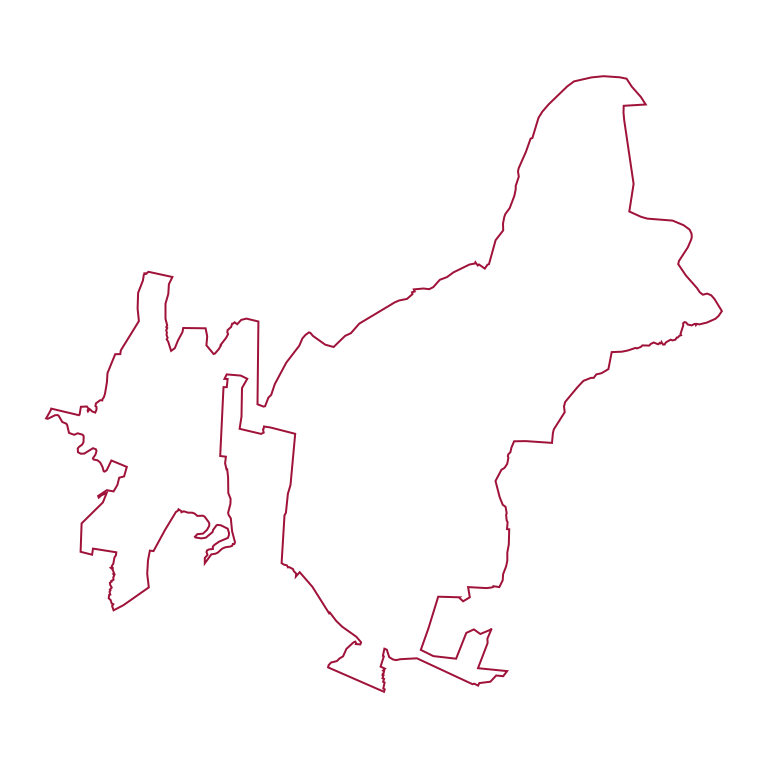 outline of Temoaya, México, Mexico
{"feature_id": "50627088B51364435398439", "entity_name": "Temoaya", "entity_type": "district", "adm_level": 2, "iso_a3": "MEX", "parent_name": "Mexico", "parent_adm1": "México", "projection": "natural_earth1", "projection_center": [-99.618, 19.489], "detail": "fine", "context": "isolated", "style": "outline", "palette": "rose", "viewbox_px": 768, "rotation_deg": 0, "n_neighbors": 0, "source": "geoboundaries", "source_scale": "gbopen_adm2", "svg_char_len": 6070}
<svg xmlns="http://www.w3.org/2000/svg" viewBox="0 0 768 768"><path d="M113.6,610.3L123.4,605.2L148.8,587.4L147.2,573.8L148.0,560.2L149.9,550.6L153.5,551.1L165.1,529.8L175.9,512.0L178.0,510.6L178.5,509.3L181.4,511.2L181.5,512.2L183.8,511.3L188.2,512.7L192.2,512.7L194.7,513.6L197.3,515.9L202.9,515.7L204.7,516.7L208.6,522.0L209.3,523.4L209.2,525.9L207.0,529.9L203.0,533.6L197.3,534.2L194.9,536.8L195.6,537.5L201.4,538.4L205.8,537.7L212.5,532.1L213.2,529.8L216.5,525.3L217.7,524.9L220.9,525.3L227.7,528.7L229.0,532.9L228.9,535.2L227.9,537.9L219.2,541.6L214.5,544.8L212.8,546.6L212.9,549.0L209.1,549.4L207.1,550.4L206.5,552.0L207.5,554.9L204.8,558.0L204.8,563.3L211.3,554.4L215.4,553.7L217.8,552.6L222.1,548.7L225.2,547.3L230.5,546.5L232.3,545.7L232.8,544.0L234.3,544.0L235.0,542.2L232.1,531.3L230.8,518.3L228.7,515.1L228.1,512.7L230.4,504.0L230.6,498.8L228.3,493.1L228.1,477.5L227.2,469.3L226.5,469.4L225.1,463.3L225.9,456.7L220.2,456.0L223.5,387.1L226.8,387.1L227.6,379.0L224.5,378.9L226.7,374.4L240.8,375.6L247.3,378.8L242.0,388.0L241.5,416.6L239.6,428.8L261.1,433.9L263.7,432.6L263.0,429.4L263.6,428.9L264.0,426.5L270.5,427.5L295.2,433.8L290.5,485.0L287.9,493.7L285.9,512.8L284.5,515.3L281.6,563.1L283.6,564.5L286.8,565.3L288.0,567.4L289.2,567.1L293.0,569.1L293.7,571.0L296.2,573.7L295.9,576.5L299.7,572.2L312.4,586.8L329.1,613.3L329.8,612.5L336.2,620.9L342.3,626.8L356.4,636.8L361.1,642.3L360.3,644.4L355.9,644.1L356.2,643.2L355.2,641.6L353.1,642.7L346.4,648.9L343.1,656.3L339.6,658.4L336.8,661.1L331.1,662.5L328.6,665.2L328.1,667.4L384.0,691.8L384.7,689.3L383.3,688.5L384.6,682.5L383.1,681.8L384.1,678.9L382.5,678.2L383.5,675.4L382.5,675.1L382.7,674.1L383.3,674.3L384.1,671.0L383.1,670.6L385.0,668.7L380.6,666.6L383.8,656.4L382.9,655.9L384.4,648.7L386.8,649.7L389.2,657.1L393.0,659.5L396.3,660.1L400.3,659.2L416.9,658.3L472.5,684.2L474.3,683.7L478.1,685.6L479.3,683.1L490.4,681.7L496.2,675.5L503.2,676.2L507.1,671.1L478.0,668.2L487.6,643.1L487.4,638.6L491.7,628.6L490.1,629.9L480.3,634.0L473.9,629.4L466.3,632.9L456.1,658.7L433.3,656.1L420.8,649.9L428.5,628.2L438.2,596.7L459.5,597.3L459.1,597.6L463.1,601.3L469.8,597.3L468.1,587.1L486.6,588.1L491.5,587.5L493.3,586.9L493.4,586.2L499.3,587.1L502.7,580.3L503.1,574.2L506.1,566.4L507.3,560.7L507.3,552.6L508.8,544.4L509.2,529.3L507.0,529.1L507.6,522.2L506.7,520.5L506.1,514.8L506.7,513.3L505.6,506.9L502.7,504.7L499.7,497.2L495.5,481.0L501.4,469.8L504.5,467.9L507.2,463.9L508.4,457.7L507.8,456.1L508.4,454.2L510.4,452.2L511.4,447.7L514.1,441.3L525.6,441.1L552.0,442.9L552.9,433.1L553.8,429.4L564.7,412.2L564.0,406.4L565.2,401.9L577.7,386.9L583.5,380.8L590.9,377.9L593.7,377.9L596.3,374.4L601.5,373.2L608.4,369.1L611.7,352.1L621.8,351.7L627.8,350.5L635.6,347.9L637.0,348.4L640.7,347.0L642.4,345.4L649.2,345.6L650.8,343.9L653.7,342.5L658.1,344.3L659.7,342.9L660.2,343.5L661.5,342.9L661.6,342.3L663.1,344.6L664.6,344.5L665.8,342.5L667.5,341.4L670.7,339.7L672.5,340.4L675.4,339.7L676.7,337.6L677.7,337.6L679.4,335.8L681.1,335.2L680.5,333.9L683.2,325.6L683.2,323.1L684.5,322.1L686.1,322.5L687.7,324.5L691.7,325.4L694.3,324.0L695.4,323.9L695.9,325.1L696.7,323.9L699.4,324.4L706.8,322.6L715.4,318.8L718.6,315.9L721.9,311.1L714.4,298.9L711.1,295.2L707.1,293.6L702.9,294.7L699.8,292.3L697.1,288.2L685.9,275.5L678.2,264.1L679.0,260.9L687.8,247.4L691.2,239.5L691.8,237.1L691.5,233.5L689.6,229.6L683.6,225.2L672.6,220.6L647.2,218.6L641.0,216.8L629.3,211.5L633.6,183.9L624.2,120.2L623.5,112.7L623.7,105.8L645.7,104.5L640.9,97.0L631.8,86.7L626.6,78.7L619.8,77.3L603.6,76.2L591.5,77.4L574.0,81.4L567.1,86.5L548.6,104.4L542.3,111.7L538.5,117.8L532.4,138.0L530.6,138.6L525.9,151.9L518.6,168.4L518.0,171.5L518.8,176.6L515.7,186.0L515.7,189.4L514.3,196.0L509.7,208.1L505.3,214.1L504.2,217.3L503.0,223.6L503.2,230.4L495.6,240.2L489.0,264.1L487.4,264.8L484.8,268.6L479.0,264.5L477.8,265.5L475.4,262.3L475.0,263.5L469.5,264.5L453.4,272.4L447.0,277.1L439.8,279.8L433.3,287.1L429.2,289.2L423.5,288.5L413.8,289.4L414.7,291.5L412.0,292.3L412.5,294.1L407.0,298.9L399.0,300.5L394.3,302.6L359.3,323.6L350.9,333.2L345.2,335.8L333.6,347.0L325.3,344.7L312.9,335.9L310.4,332.9L308.9,332.4L305.5,334.9L302.4,338.4L299.3,345.7L286.3,362.6L274.8,384.1L271.2,394.9L268.4,397.6L265.1,406.2L263.6,406.6L257.5,404.3L258.4,321.5L246.4,318.6L241.2,319.9L237.2,324.2L234.6,322.3L233.2,323.6L232.2,323.6L231.1,327.0L227.6,330.1L227.3,332.3L228.1,334.1L226.0,338.0L220.5,345.1L220.9,345.6L219.0,348.8L215.0,353.5L213.6,354.0L206.4,345.3L207.2,336.4L205.6,328.3L183.2,328.0L182.5,332.0L178.0,340.4L174.8,348.2L171.1,350.9L168.2,341.7L166.7,339.3L167.6,337.8L166.5,334.8L166.9,332.7L166.2,330.1L167.3,328.0L166.3,327.0L167.2,325.4L165.5,318.8L165.5,303.6L168.3,294.0L168.9,284.2L172.4,277.0L148.5,271.8L146.3,273.5L145.4,273.4L145.8,273.9L143.9,274.3L142.9,280.6L138.1,292.9L137.6,308.5L138.9,321.1L120.8,350.4L120.3,354.1L115.2,354.2L107.5,373.1L106.9,382.4L105.0,393.7L103.8,397.4L102.6,398.9L102.3,400.4L100.2,400.2L96.0,403.3L95.4,406.0L96.5,407.0L96.5,409.7L95.2,412.6L92.3,411.5L89.7,409.1L88.0,411.4L87.6,410.4L88.5,408.7L86.9,406.5L80.9,406.8L79.6,414.5L78.9,415.2L51.2,408.6L50.7,410.3L46.1,418.4L47.8,418.8L55.1,415.2L57.7,415.1L58.7,415.8L62.3,422.0L66.3,423.7L67.1,424.8L69.0,432.9L74.2,434.8L77.7,433.3L82.6,434.7L83.7,436.2L83.5,442.1L82.2,444.6L79.0,446.9L77.7,448.6L78.0,452.2L80.8,453.7L84.2,453.6L93.0,448.2L95.9,449.3L96.5,451.0L95.4,454.7L92.9,458.3L93.5,459.5L97.5,460.3L100.3,462.6L102.5,467.0L103.7,471.3L104.7,471.6L106.7,470.2L111.4,460.5L126.8,466.9L124.1,476.4L119.2,477.7L117.4,484.9L113.6,491.4L106.8,490.2L98.1,496.0L98.8,497.6L101.4,495.3L106.7,492.9L102.9,502.4L81.6,523.4L80.6,551.8L92.1,554.7L93.0,548.6L116.3,552.3L115.9,555.4L114.5,557.3L113.3,563.7L111.8,566.1L112.1,567.2L110.7,567.8L111.7,568.7L112.8,568.4L112.7,569.9L114.4,574.1L113.4,574.2L114.2,575.4L113.3,577.4L113.5,579.8L111.3,580.9L111.6,581.7L109.9,582.8L110.2,584.9L111.7,587.6L109.9,589.5L110.5,590.3L109.5,591.9L110.3,594.6L109.2,594.9L108.7,598.3L110.6,600.0L111.7,603.5L113.3,604.2L112.1,606.0L113.6,610.3Z" fill="none" stroke="#9f1239" stroke-width="2"/></svg>